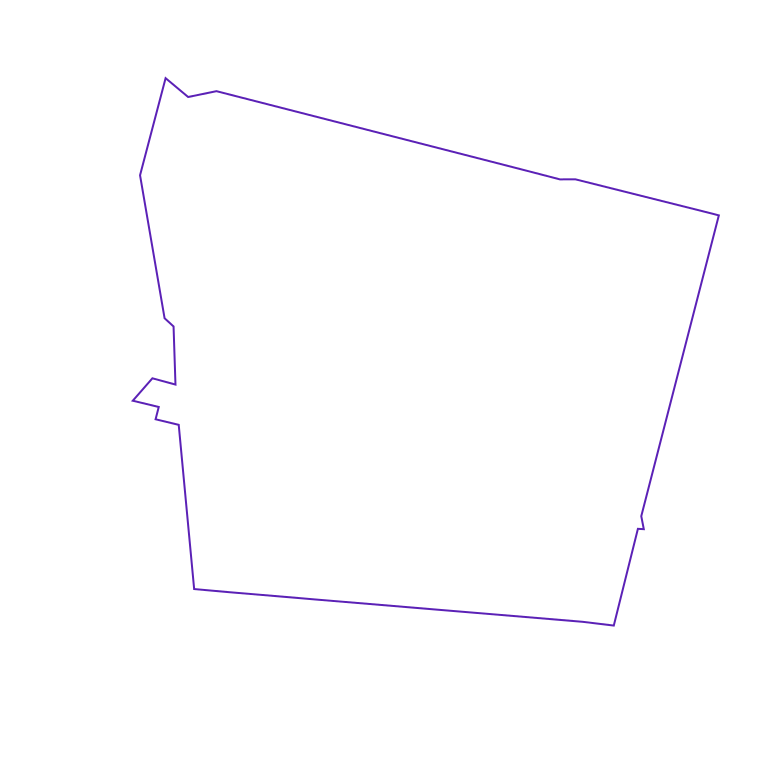 Troup, Georgia, United States of America, rotated 284°
{"feature_id": "52423323B50058695847591", "entity_name": "Troup", "entity_type": "district", "adm_level": 2, "iso_a3": "USA", "parent_name": "United States of America", "parent_adm1": "Georgia", "projection": "natural_earth1", "projection_center": [-85.058, 33.046], "detail": "fine", "context": "isolated", "style": "outline", "palette": "violet", "viewbox_px": 768, "rotation_deg": 284, "n_neighbors": 0, "source": "geoboundaries", "source_scale": "gbopen_adm2", "svg_char_len": 523}
<svg xmlns="http://www.w3.org/2000/svg" viewBox="0 0 768 768"><g transform="rotate(284 384 384)"><path d="M144.5,283.9L156.3,356.9L158.1,368.2L177.1,485.2L183.3,523.3L201.3,634.2L205.2,665.4L304.9,665.4L306.0,671.2L318.0,665.6L628.6,668.1L628.7,661.8L628.9,520.1L625.1,505.2L625.5,464.3L627.6,150.6L615.1,124.5L627.9,98.1L536.4,96.9L527.5,96.8L394.7,155.2L388.9,165.9L333.0,181.8L333.5,157.9L307.0,144.3L307.2,171.0L294.5,170.9L294.7,194.7L139.1,249.4L144.5,283.9Z" fill="none" stroke="#5b21b6" stroke-width="2"/></g></svg>